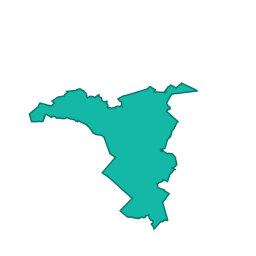 Ahualulco, San Luis Potosí, Mexico (Natural Earth projection), rotated 307°
{"feature_id": "50627088B61633980721987", "entity_name": "Ahualulco", "entity_type": "district", "adm_level": 2, "iso_a3": "MEX", "parent_name": "Mexico", "parent_adm1": "San Luis Potosí", "projection": "natural_earth1", "projection_center": [-101.253, 22.473], "detail": "fine", "context": "isolated", "style": "filled", "palette": "teal", "viewbox_px": 256, "rotation_deg": 307, "n_neighbors": 0, "source": "geoboundaries", "source_scale": "gbopen_adm2", "svg_char_len": 5559}
<svg xmlns="http://www.w3.org/2000/svg" viewBox="0 0 256 256"><g transform="rotate(307 128 128)"><path d="M153.1,107.1L151.1,105.2L145.2,102.4L144.5,104.9L144.6,105.1L144.7,107.1L144.8,107.4L143.9,107.9L143.1,109.1L142.4,109.4L141.9,110.3L141.7,110.5L141.7,110.1L141.6,109.6L141.4,109.2L141.2,109.0L140.6,108.9L140.3,108.6L139.6,107.1L138.0,105.7L137.7,105.9L137.1,106.0L137.2,105.8L137.3,105.6L137.0,105.3L136.0,104.7L135.9,104.7L135.0,103.7L134.3,103.4L134.0,103.2L133.2,101.1L132.8,100.6L132.3,100.6L132.2,100.1L131.8,99.7L132.1,99.3L132.1,99.2L132.6,98.6L133.2,98.7L133.3,98.8L134.0,98.3L134.0,98.2L134.3,97.9L134.5,96.7L134.9,96.5L134.9,96.4L135.3,96.0L135.3,95.8L135.6,95.7L135.8,95.7L136.1,95.4L136.7,95.2L136.4,94.8L135.7,94.2L134.8,93.8L134.6,92.8L134.1,91.1L134.2,90.9L134.4,90.6L134.8,89.9L135.0,89.8L135.1,89.5L135.4,89.3L135.5,89.4L135.7,89.2L136.0,88.0L135.8,87.3L135.9,87.0L135.6,86.0L135.8,85.5L136.2,85.4L136.4,85.4L137.1,84.9L137.1,84.7L136.8,84.7L136.2,84.4L135.9,84.1L134.9,84.0L134.8,83.9L134.6,83.8L134.4,84.0L133.7,83.6L132.6,83.6L132.4,83.6L132.2,83.0L132.3,83.1L132.5,83.0L132.5,82.9L132.3,82.6L132.4,82.4L132.1,81.4L131.9,81.1L131.8,80.8L131.5,80.1L131.1,80.0L131.0,79.9L130.4,78.5L127.8,77.5L128.5,75.8L129.3,75.3L129.8,74.5L130.6,72.5L131.0,70.3L130.4,68.5L130.7,67.0L129.9,65.5L127.6,64.0L126.9,64.1L120.3,57.0L120.0,58.5L117.0,57.6L116.0,57.6L115.4,57.4L114.9,57.6L110.9,53.7L103.8,51.1L103.5,54.2L99.2,53.4L95.0,42.7L92.9,42.9L91.0,43.5L79.8,40.8L75.0,47.2L75.5,47.7L76.1,48.7L77.3,50.2L77.5,50.4L78.1,51.3L80.0,53.4L80.9,54.8L81.9,56.1L85.8,55.0L86.0,54.4L86.8,54.3L86.9,54.5L87.1,54.6L87.4,54.4L88.1,54.3L89.4,54.0L89.6,54.5L90.0,56.3L90.2,57.4L90.1,58.5L90.4,60.6L90.9,60.5L91.1,60.6L91.8,60.5L91.6,60.8L92.0,61.0L92.2,61.3L93.1,62.4L93.2,62.7L93.3,63.1L93.0,63.6L92.9,64.1L93.0,65.2L93.1,65.5L93.4,65.8L93.5,66.0L94.3,66.1L94.3,66.4L94.5,66.9L94.9,67.8L95.0,68.0L95.5,68.2L95.5,68.4L95.5,68.9L95.8,69.6L96.1,69.8L96.1,70.1L96.3,70.4L96.7,70.6L96.8,71.0L97.7,71.9L98.2,72.0L98.9,72.7L99.1,72.7L99.3,72.9L99.5,73.3L99.8,73.4L100.0,74.1L100.0,74.6L100.3,75.0L100.4,75.6L100.3,75.9L100.5,76.6L101.0,77.1L101.5,78.6L102.0,79.5L102.4,80.1L102.5,80.7L102.3,81.0L102.0,81.6L102.0,81.9L102.1,82.3L102.5,82.8L102.8,83.7L102.8,83.9L103.3,83.8L103.3,83.6L103.8,83.5L105.6,92.4L105.9,93.3L105.7,93.7L105.3,93.8L105.3,95.6L104.5,99.2L103.7,101.2L103.5,102.6L102.9,103.0L103.4,104.1L103.5,104.7L103.6,105.3L103.5,105.5L103.3,105.8L106.2,111.2L106.3,111.6L106.3,112.0L106.2,113.1L106.3,113.5L106.5,114.0L96.6,129.2L97.1,135.6L76.7,134.4L77.1,141.2L76.5,150.2L75.5,159.0L74.4,173.8L57.3,171.5L56.6,180.1L56.7,181.3L56.8,181.6L57.4,182.6L58.0,183.2L58.6,183.6L58.9,184.0L59.1,185.3L59.6,185.3L59.6,186.2L59.8,186.7L59.8,187.0L60.2,187.1L60.2,187.3L60.3,187.3L60.5,187.9L60.8,188.7L61.5,189.6L62.1,190.0L62.2,190.3L61.7,190.6L62.7,191.4L63.2,191.7L63.4,191.6L63.8,191.8L64.2,191.9L64.5,192.2L64.8,192.2L65.0,192.6L65.4,192.8L65.5,193.7L65.5,194.3L66.1,194.7L66.5,195.3L67.0,195.2L67.7,195.3L68.0,195.3L68.1,195.2L68.6,195.1L69.2,195.8L69.6,196.0L70.4,196.5L71.2,196.7L71.0,197.3L70.3,197.8L69.9,198.0L69.0,198.8L68.7,199.3L68.6,199.7L68.6,200.6L68.2,201.4L68.1,201.8L68.2,202.4L69.0,203.6L69.0,203.9L68.9,204.0L68.2,204.3L67.4,204.9L66.7,205.1L66.3,204.8L65.8,204.3L65.3,204.4L65.0,205.1L64.9,205.7L64.9,206.6L64.5,206.9L64.4,207.6L64.2,208.1L64.0,208.4L63.5,208.8L62.9,209.6L73.2,210.5L73.6,211.7L74.3,212.2L75.9,212.1L76.1,211.9L76.2,212.0L76.3,212.7L76.9,213.1L77.0,213.7L77.2,214.1L77.4,214.4L77.7,214.3L77.8,214.4L77.7,214.6L77.9,214.9L77.9,215.1L78.3,215.2L89.3,200.5L100.3,200.4L99.8,194.7L100.4,194.5L98.6,188.2L98.4,188.0L100.9,184.6L101.5,185.3L102.2,185.5L103.0,185.6L104.0,186.4L105.6,187.4L107.4,187.8L107.4,187.4L107.7,187.2L107.8,187.4L107.8,187.7L107.9,187.9L108.2,188.1L108.6,189.7L108.9,190.2L108.9,190.4L109.1,190.9L109.0,191.0L109.0,191.8L113.5,190.1L114.0,190.3L114.6,190.2L115.0,189.6L116.1,189.1L116.5,189.1L116.7,189.5L117.1,189.6L117.2,189.4L117.5,189.4L117.8,189.3L118.0,189.2L118.6,189.8L118.9,189.8L119.2,189.9L119.8,189.5L120.9,189.7L121.2,189.9L121.3,189.8L122.6,189.9L122.8,190.3L123.2,190.6L123.3,190.6L123.2,190.1L122.6,187.3L123.3,187.6L124.0,188.2L126.1,188.7L126.2,189.0L128.2,188.9L128.6,188.4L129.3,187.9L129.2,187.6L129.3,187.5L130.0,187.0L131.3,185.2L131.7,184.5L131.9,184.3L132.3,184.2L132.9,184.0L134.0,178.7L132.0,175.4L131.3,175.3L130.4,169.3L131.1,169.7L131.3,169.3L131.0,169.3L130.7,169.0L130.1,168.6L129.9,168.2L129.6,168.0L129.4,167.9L130.4,166.9L134.0,169.8L142.7,166.4L144.3,167.0L145.0,166.8L145.0,167.0L145.7,167.0L145.8,166.5L146.6,166.3L146.6,167.1L146.9,167.1L147.8,166.7L148.2,166.6L148.8,166.1L149.3,166.3L149.9,166.1L150.4,165.8L150.9,165.1L151.7,164.7L151.9,164.7L152.4,165.1L152.6,165.0L155.2,165.1L155.6,165.0L157.0,164.2L157.7,164.6L160.9,163.9L163.2,164.1L164.3,148.8L164.6,148.7L164.9,148.7L164.9,149.0L165.4,149.1L166.0,148.5L166.4,148.3L166.9,148.6L166.9,149.0L167.2,149.5L167.5,149.7L168.4,150.1L168.7,150.1L169.7,149.0L170.0,148.4L169.5,148.1L169.4,147.9L169.5,146.9L169.7,146.7L169.9,146.3L170.3,145.9L170.8,144.0L172.7,143.6L181.3,142.4L199.2,160.9L199.4,160.0L196.1,143.8L194.4,144.1L194.3,143.4L189.0,142.3L188.0,136.2L187.0,136.3L186.8,136.1L186.6,136.2L185.6,135.8L185.2,135.3L180.7,135.4L180.6,136.1L180.3,136.0L180.2,136.1L180.1,136.4L179.8,136.3L180.1,135.4L179.3,135.4L179.4,136.1L178.9,136.6L172.5,126.9L175.1,126.7L174.5,124.4L174.7,122.1L174.1,120.5L173.0,120.2L171.3,120.2L168.2,118.1L153.1,107.1Z" fill="#14b8a6" stroke="#0f766e" stroke-width="1.5"/></g></svg>